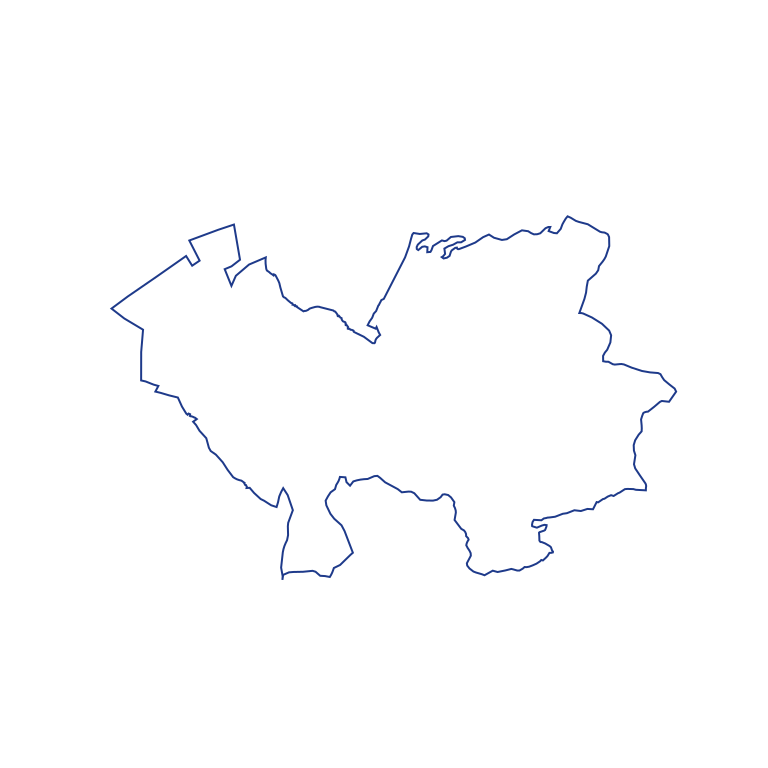 Bocsa, Caras-Severin, Romania, rotated 19°
{"feature_id": "2599482B42018204539713", "entity_name": "Bocsa", "entity_type": "district", "adm_level": 2, "iso_a3": "ROU", "parent_name": "Romania", "parent_adm1": "Caras-Severin", "projection": "equal_earth", "projection_center": [21.744, 45.393], "detail": "fine", "context": "isolated", "style": "outline", "palette": "blue", "viewbox_px": 768, "rotation_deg": 19, "n_neighbors": 0, "source": "geoboundaries", "source_scale": "gbopen_adm2", "svg_char_len": 6153}
<svg xmlns="http://www.w3.org/2000/svg" viewBox="0 0 768 768"><g transform="rotate(19 384 384)"><path d="M541.3,532.1L547.6,525.1L552.6,524.8L559.4,520.8L564.6,517.4L566.7,517.2L570.7,517.0L572.8,516.3L575.3,513.4L576.5,511.3L578.3,510.8L580.7,509.5L583.6,507.1L586.7,504.2L589.3,500.8L590.0,499.2L591.7,499.1L593.7,495.4L594.6,493.4L595.4,489.8L596.9,489.3L598.5,488.3L598.3,487.4L597.2,486.8L595.0,484.0L593.4,483.3L588.4,482.3L584.7,482.1L583.7,482.4L582.8,482.2L581.9,481.4L580.3,477.2L579.3,474.9L579.0,474.0L579.4,473.4L583.0,470.6L583.8,469.7L583.9,468.8L584.0,465.9L583.7,464.5L581.6,464.9L579.4,466.4L575.4,470.0L575.0,470.1L570.4,470.2L569.8,469.0L569.4,466.2L570.0,463.6L577.2,461.6L578.9,459.1L581.0,457.9L582.1,457.1L584.2,456.2L589.0,453.8L595.3,448.5L599.0,446.6L605.1,441.4L611.5,440.0L617.0,435.9L622.4,434.4L623.5,426.4L625.0,426.2L628.5,421.5L629.8,420.7L632.2,417.6L634.9,415.2L637.6,415.1L640.8,411.1L642.1,410.0L646.0,405.0L648.2,404.0L653.9,402.2L656.7,402.0L666.2,399.3L665.5,397.1L665.1,395.1L664.5,394.0L663.7,393.0L655.3,386.8L649.0,382.0L646.5,378.5L644.9,369.5L642.0,365.6L640.0,360.5L639.8,355.4L641.3,349.0L643.0,344.9L642.2,342.1L641.1,339.3L638.6,333.8L638.5,330.4L638.6,327.2L639.3,326.2L640.3,325.4L641.4,324.7L642.6,324.2L646.8,317.7L650.7,311.1L652.2,309.6L659.3,308.0L662.7,296.1L660.3,293.7L653.9,291.5L647.6,289.1L644.8,287.0L642.2,284.7L639.6,284.4L631.8,286.4L623.7,287.7L612.9,287.9L604.5,287.4L602.0,287.8L600.5,288.4L595.9,290.5L593.9,290.8L589.0,289.9L586.5,290.7L583.8,291.1L582.0,286.1L582.6,282.4L583.9,278.9L584.5,271.0L582.9,264.0L579.5,260.2L570.5,256.1L558.9,253.4L549.4,252.5L547.4,252.7L545.6,253.3L545.8,238.3L545.3,231.8L544.0,225.9L543.1,219.9L548.4,210.7L549.5,206.7L548.9,202.5L550.9,197.0L551.7,194.2L552.2,191.3L552.1,180.3L549.0,171.8L547.0,169.7L546.1,169.4L543.3,169.0L540.6,169.6L538.7,169.7L524.7,166.6L515.5,167.3L512.3,167.3L506.4,166.0L503.0,165.7L502.0,168.4L501.2,172.1L500.7,175.0L500.6,179.8L498.4,185.2L495.5,185.9L489.9,185.8L490.1,181.4L488.2,182.1L486.0,184.1L482.7,190.6L480.1,192.5L477.0,193.7L473.8,193.4L470.6,192.6L464.4,193.8L458.4,200.2L453.0,207.1L448.6,209.4L440.4,209.9L434.6,208.5L429.9,212.9L424.3,220.5L416.5,227.5L410.9,232.1L410.0,232.4L409.0,232.1L408.5,231.3L407.0,232.1L404.5,235.7L404.2,237.3L404.3,241.5L402.4,244.1L399.5,245.9L397.3,245.2L398.3,244.0L399.4,241.1L397.0,236.3L400.1,232.7L404.0,229.8L407.2,226.2L410.8,224.9L413.7,221.4L412.9,219.9L410.6,219.2L406.1,220.0L399.4,223.2L396.5,228.1L394.7,229.2L392.0,229.4L385.4,237.6L385.3,242.1L384.9,244.0L382.0,245.3L380.6,240.5L377.8,240.6L375.5,241.8L372.8,246.2L371.1,245.7L370.3,243.9L370.6,241.2L373.5,235.8L375.7,234.1L377.8,230.0L377.4,228.1L375.3,227.6L369.0,230.5L362.8,231.6L362.1,233.5L362.3,237.9L362.9,245.7L362.7,257.4L356.1,303.6L354.2,305.5L353.8,308.4L353.6,309.3L353.5,310.9L353.1,311.6L352.8,317.6L351.4,320.8L351.3,324.6L351.2,325.5L350.0,329.5L349.4,333.8L358.1,334.4L358.4,332.5L362.2,336.9L364.4,338.9L362.4,342.5L361.9,343.9L361.7,345.3L362.0,347.8L361.7,348.5L359.9,349.1L359.4,349.0L349.6,345.9L338.8,344.6L338.2,344.3L337.9,343.5L337.5,343.4L335.9,343.3L334.6,343.6L333.4,343.0L332.8,343.1L332.4,343.5L331.8,343.5L331.7,343.1L331.4,342.7L331.4,341.7L329.6,340.5L329.0,340.8L328.6,340.8L328.4,340.4L328.5,339.7L327.9,339.4L327.7,338.6L327.4,338.3L326.7,338.1L325.3,338.2L324.6,338.0L323.1,336.9L322.4,335.5L321.1,335.4L319.1,334.1L318.9,334.1L318.6,334.9L318.2,334.9L317.1,333.3L315.1,331.9L314.2,331.4L313.4,331.5L312.2,331.0L298.8,332.1L297.5,332.1L295.7,332.6L293.9,333.5L290.7,335.7L289.1,337.0L288.1,338.6L286.7,340.0L285.9,340.5L285.1,340.8L284.2,341.5L276.8,339.6L276.7,339.2L276.3,338.9L275.0,339.3L274.8,338.7L274.2,338.3L273.8,338.6L273.7,339.0L273.0,338.7L272.2,338.6L271.7,338.8L271.5,338.1L271.1,337.6L269.6,337.6L265.9,336.2L262.7,334.7L261.2,334.6L260.3,334.1L260.0,334.1L254.6,326.5L252.2,322.7L250.3,320.6L246.5,317.0L245.9,316.5L245.4,316.3L244.2,316.2L244.2,317.3L242.1,316.6L240.6,316.3L239.4,315.7L236.3,314.8L235.2,313.5L232.9,308.8L231.7,305.6L231.0,302.8L217.5,315.0L208.7,329.9L207.8,340.9L196.0,327.3L201.5,322.4L207.4,313.4L190.2,282.1L177.0,292.2L153.2,311.7L169.5,327.4L164.1,334.6L155.2,327.4L134.0,356.6L113.3,384.6L101.8,401.4L117.1,406.6L138.5,411.1L144.0,432.8L153.2,459.7L157.7,459.2L166.4,459.6L171.3,459.3L170.3,465.6L175.7,465.1L184.6,464.7L193.5,463.9L200.3,471.1L206.7,476.4L208.3,477.0L208.8,475.6L210.5,475.7L210.6,476.2L211.0,476.7L210.9,477.4L211.4,477.5L213.0,477.2L215.0,477.3L215.5,477.5L216.3,477.4L218.4,478.1L215.8,481.8L219.7,484.0L224.8,488.3L233.6,493.1L239.2,501.3L242.0,503.8L248.0,505.5L257.0,510.5L264.1,516.1L271.7,521.2L273.9,521.7L276.1,522.0L278.4,522.0L280.7,521.8L284.3,522.9L284.2,523.4L285.7,524.7L286.4,524.5L286.7,524.7L287.0,525.2L287.8,525.8L287.9,527.1L290.8,525.9L296.6,529.3L304.8,532.9L308.6,533.4L316.8,535.4L322.5,535.3L322.3,530.3L321.6,524.7L321.6,523.9L321.9,519.6L322.6,515.3L329.1,520.4L338.9,533.0L338.6,546.4L339.4,549.8L342.5,558.1L343.2,563.2L342.8,566.4L342.6,569.6L342.7,572.8L343.1,576.0L346.5,591.1L350.8,598.8L351.7,602.3L350.8,597.3L355.5,593.0L359.6,591.2L368.6,587.9L377.3,583.9L380.4,583.8L386.1,586.1L390.8,584.8L395.6,584.1L396.1,581.7L396.4,579.3L396.5,576.8L396.5,574.3L401.4,569.4L408.0,556.3L409.5,553.7L394.6,535.9L389.8,531.4L380.8,527.6L375.6,524.2L369.0,517.5L366.8,513.3L367.6,508.5L368.8,503.8L371.9,499.4L371.7,494.9L372.2,492.8L372.6,490.6L372.7,488.4L372.6,486.2L377.9,484.8L380.5,489.0L385.0,491.2L386.7,486.1L389.6,484.0L392.8,482.1L396.1,480.5L399.5,479.1L404.8,474.3L407.7,473.0L410.9,474.0L417.1,476.6L431.2,478.9L436.1,480.6L442.3,477.7L444.8,477.0L448.2,477.4L455.9,481.7L462.2,480.3L468.3,478.3L471.8,476.2L474.4,472.6L475.4,469.5L477.3,468.5L480.8,468.1L484.3,469.4L489.0,472.8L489.6,476.3L491.5,478.2L493.0,480.3L493.8,482.2L495.0,489.6L504.2,495.8L507.3,496.4L509.0,497.5L510.4,499.1L511.2,501.1L513.7,502.4L514.7,503.7L514.3,505.2L514.1,506.7L514.1,508.2L514.3,509.7L516.5,511.8L519.0,513.7L521.0,515.7L522.0,518.1L520.7,526.5L521.8,528.6L524.9,530.6L529.6,532.2L532.3,532.3L538.5,532.0L541.3,532.1Z" fill="none" stroke="#1e3a8a" stroke-width="2"/></g></svg>